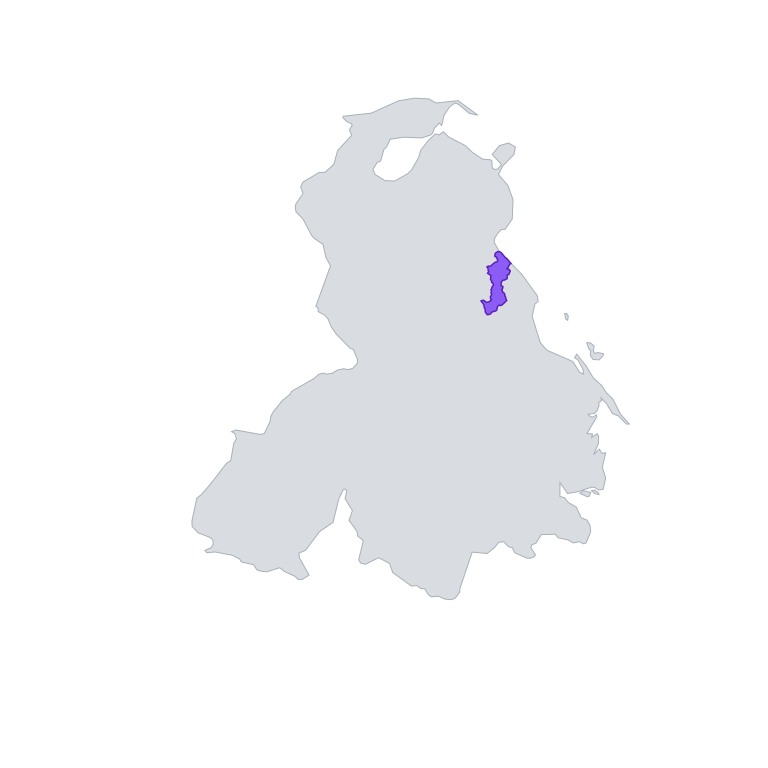 Venezuela, with Aragua highlighted, rotated 56°
{"feature_id": "VEN-41", "entity_name": "Aragua", "entity_type": "State", "adm_level": 1, "iso_a3": "VEN", "parent_name": "Venezuela", "parent_adm1": "", "projection": "natural_earth1", "projection_center": [-67.18, 9.967], "detail": "fine", "context": "in_parent", "style": "filled", "palette": "violet", "viewbox_px": 768, "rotation_deg": 56, "n_neighbors": 0, "source": "natural_earth", "source_scale": "10m", "svg_char_len": 7148}
<svg xmlns="http://www.w3.org/2000/svg" viewBox="0 0 768 768"><g transform="rotate(56 384 384)"><path d="M622.0,295.2L628.8,305.4L628.2,307.8L624.0,310.2L621.6,316.0L616.3,318.5L609.0,325.5L604.2,326.1L596.8,337.8L600.9,346.8L600.0,351.4L601.8,353.7L610.4,354.0L611.2,356.4L610.2,360.2L608.6,362.6L597.0,370.0L591.3,369.2L589.0,371.5L581.5,373.1L579.4,377.6L581.3,383.5L582.2,393.3L572.7,404.9L596.3,435.8L598.8,437.4L601.3,444.5L600.5,448.8L596.3,453.8L590.4,457.5L586.9,463.8L583.3,465.1L576.9,464.6L573.7,468.1L569.6,469.4L566.9,474.2L545.2,482.2L535.9,479.7L525.0,485.6L523.1,500.1L519.7,503.4L515.7,503.4L502.2,488.7L495.4,490.8L490.8,488.8L477.5,489.3L471.3,481.0L457.3,480.4L452.0,474.8L449.6,474.7L448.6,476.6L454.0,485.8L470.2,503.6L470.3,519.7L478.0,542.1L476.6,549.2L481.0,551.3L500.5,553.0L500.3,561.0L497.8,564.6L493.9,565.2L483.9,571.3L478.0,573.2L474.1,586.3L470.9,590.1L467.3,593.2L460.7,593.3L451.8,601.7L448.6,601.5L441.1,605.6L428.9,617.8L424.8,625.3L421.8,625.4L423.0,618.9L421.5,615.4L418.6,613.5L416.0,613.2L412.6,614.9L403.5,621.3L394.8,622.7L390.1,619.8L373.9,602.9L373.6,597.3L369.9,583.7L361.6,558.7L361.8,553.9L348.8,541.3L347.0,537.0L341.6,535.3L338.3,537.0L339.1,532.8L356.6,514.8L358.1,510.9L351.3,499.3L347.6,496.0L345.4,492.0L341.0,478.0L339.9,467.2L338.4,465.0L340.3,438.8L339.5,433.0L340.8,428.5L344.2,425.5L346.1,420.8L346.5,414.5L348.6,409.3L352.2,405.3L353.5,401.2L352.0,394.7L348.8,392.2L338.3,390.1L335.4,392.1L316.1,395.7L306.5,395.7L299.2,394.0L293.7,394.6L287.2,398.1L284.0,396.1L281.5,397.1L256.1,362.2L246.7,361.4L234.1,356.5L224.1,360.5L219.9,360.9L202.1,358.9L192.2,360.7L188.1,358.9L185.3,356.2L180.9,344.7L174.1,342.9L171.3,338.3L172.3,319.7L175.5,314.6L174.4,306.2L173.4,302.2L164.5,291.9L159.8,271.7L153.9,270.6L152.1,266.2L150.4,265.3L145.5,268.1L140.3,269.2L139.2,268.1L152.3,243.1L157.4,213.5L164.0,199.1L172.8,187.3L180.0,183.9L190.6,164.1L213.6,155.9L207.5,161.9L193.8,165.8L190.6,168.2L190.9,174.7L194.9,184.1L201.9,191.6L198.6,192.4L200.1,199.1L203.4,203.7L203.5,206.6L200.9,215.5L190.4,229.7L184.6,242.0L188.9,249.3L189.5,253.0L197.3,262.1L196.5,265.7L199.9,273.2L205.4,274.2L216.0,269.5L221.7,261.6L222.9,246.6L221.9,241.2L215.4,228.2L210.9,223.1L207.1,211.8L205.3,201.5L208.3,199.1L208.1,193.7L215.5,192.2L231.5,183.4L241.4,181.2L252.8,176.5L257.7,170.3L259.4,169.8L265.3,173.5L268.2,172.2L269.4,169.4L267.8,163.9L254.2,165.9L250.9,154.9L253.9,145.9L261.1,142.6L266.3,147.8L269.7,163.7L274.4,172.0L288.8,170.3L303.4,174.0L318.9,185.4L323.5,197.2L321.6,200.2L322.6,205.2L324.8,210.3L328.2,213.5L337.9,214.3L369.8,208.5L396.6,207.6L401.7,210.0L402.2,214.3L410.9,223.4L437.0,231.3L447.1,230.1L470.9,214.9L483.7,215.3L487.4,213.0L482.7,210.7L472.0,209.8L468.8,211.4L467.0,207.5L482.3,206.3L495.9,207.1L507.0,204.4L515.7,204.5L524.6,202.7L541.2,204.8L554.3,203.0L552.8,205.5L541.5,207.5L536.2,211.2L524.9,210.5L517.0,211.9L519.5,212.9L519.5,216.6L521.8,217.4L525.2,222.0L526.1,225.8L523.3,231.8L526.5,231.2L528.3,229.3L528.3,225.1L530.1,225.8L538.5,243.3L542.1,239.1L544.5,241.7L544.4,235.1L547.3,235.2L553.4,239.7L559.7,249.7L558.5,242.0L563.6,241.9L564.9,238.6L575.1,249.6L585.8,252.8L593.8,261.1L592.1,265.2L587.4,267.2L585.5,269.7L582.0,282.8L577.5,293.0L564.1,293.2L575.5,301.0L579.5,297.8L585.2,297.5L593.7,293.4L605.2,295.3L610.3,291.8L616.6,292.3L622.0,295.2ZM483.1,186.6L484.3,192.1L480.7,196.9L475.7,197.0L471.9,193.9L469.8,194.6L463.2,192.9L465.1,190.0L470.0,188.5L473.6,191.9L476.7,192.1L477.4,189.3L481.5,185.1L483.1,186.6ZM591.4,278.4L584.2,282.7L583.9,278.5L589.4,273.3L591.8,276.4L591.4,278.4ZM433.9,196.1L432.0,197.0L426.6,194.8L427.8,193.2L430.7,193.2L433.9,196.1ZM592.8,270.4L588.5,271.8L589.7,268.7L594.2,267.1L595.9,267.7L592.8,270.4Z" fill="#d9dde1" stroke="#a8b0b8" stroke-width="1"/><path d="M338.0,214.8L338.0,215.0L338.4,214.9L338.7,214.5L338.8,214.3L339.9,213.7L341.3,213.3L346.1,212.9L349.2,212.0L352.1,211.7L355.2,211.4L355.2,211.5L354.8,212.3L354.8,212.5L355.0,212.8L355.2,213.0L355.3,213.2L355.3,213.3L355.4,213.5L355.9,214.4L356.0,214.9L356.5,215.3L357.0,217.4L357.1,217.6L357.3,217.3L357.4,217.2L357.5,217.2L357.6,216.9L357.9,216.8L358.3,216.7L358.5,216.5L358.7,216.4L358.9,216.2L359.0,216.2L359.4,216.3L359.5,216.2L359.8,216.2L360.1,216.2L360.6,216.1L360.8,216.1L360.9,216.3L361.4,216.7L362.5,218.7L362.8,218.9L363.0,219.2L363.1,219.3L363.0,219.5L362.7,219.8L362.6,220.0L362.5,220.4L362.6,220.7L362.7,221.0L362.9,221.4L363.1,221.6L363.4,221.7L364.5,222.2L364.8,222.4L365.3,222.8L365.5,223.1L365.5,223.3L365.5,223.6L365.2,226.0L364.8,226.7L364.6,227.2L364.6,227.4L364.6,227.7L364.6,228.1L365.1,229.5L365.4,230.0L366.2,230.7L367.9,232.0L368.4,231.7L368.7,231.5L369.0,231.2L369.3,231.0L369.6,231.0L370.0,231.1L370.7,231.7L370.9,232.0L371.0,232.2L371.3,232.7L371.7,233.1L371.8,233.4L371.9,233.6L372.2,233.8L372.7,233.7L373.4,233.9L373.6,234.1L373.8,234.2L374.3,234.2L375.4,233.7L375.8,233.6L376.9,233.7L377.6,233.8L378.0,234.2L378.0,234.3L378.5,234.6L379.6,234.6L379.9,234.6L380.1,234.6L380.4,234.7L380.8,235.0L381.5,235.3L383.4,235.6L384.4,241.5L384.4,242.1L384.4,242.7L384.3,243.1L384.2,243.5L383.9,243.8L383.5,243.9L383.2,244.1L383.0,244.5L383.0,245.0L383.1,245.9L383.2,246.5L383.4,246.9L383.7,247.2L384.0,247.5L384.9,248.2L385.2,248.5L385.5,248.9L385.8,249.6L385.9,250.1L385.9,250.5L385.6,251.4L385.0,253.1L384.9,253.6L384.8,254.1L384.7,254.7L384.8,255.0L385.2,255.6L385.4,256.1L385.4,256.4L385.4,256.9L384.7,259.0L384.6,259.3L384.4,259.5L384.1,259.6L383.8,259.7L383.0,259.8L381.0,259.7L380.8,259.6L380.5,259.5L379.4,258.8L378.7,258.5L378.0,258.3L376.6,258.1L376.3,258.0L375.5,257.6L374.8,257.2L374.5,257.0L373.7,256.9L370.8,257.0L369.7,257.2L369.3,256.9L369.5,256.4L369.7,255.9L369.9,255.2L370.0,255.0L370.1,254.8L371.1,254.2L371.8,254.0L372.9,253.8L373.1,253.7L373.5,253.3L373.9,252.6L374.6,251.1L374.6,250.8L374.6,250.6L374.5,249.4L374.6,248.5L374.5,248.1L374.2,247.8L373.5,247.9L373.1,248.0L372.9,247.9L372.7,247.9L372.1,247.4L371.9,247.3L371.3,247.2L370.3,245.2L369.9,244.7L369.7,244.6L369.2,244.6L368.9,244.5L368.4,244.4L368.2,244.2L368.0,243.7L367.8,243.4L367.6,243.3L367.3,243.2L366.8,243.1L365.7,242.6L365.6,242.0L365.5,241.9L365.3,241.6L364.5,240.9L364.3,240.5L364.1,240.2L363.3,238.2L363.1,237.9L362.8,237.6L361.7,237.4L361.3,237.4L360.8,237.6L360.2,237.8L359.9,237.9L359.7,237.9L359.5,237.6L359.4,237.4L359.2,237.2L358.1,237.1L357.1,237.3L356.4,236.9L353.9,234.7L353.8,234.8L353.6,234.8L353.4,234.8L352.7,235.2L350.1,236.2L349.4,234.5L349.0,234.1L348.7,234.2L348.3,234.2L348.2,234.1L345.5,232.8L344.8,233.3L344.6,233.3L344.5,233.2L344.5,232.7L344.5,232.4L344.5,231.8L344.6,231.5L344.7,231.4L345.3,230.9L345.4,230.7L345.5,230.5L345.7,230.1L345.8,229.8L345.8,229.6L345.2,224.3L345.2,223.9L345.2,223.7L345.5,223.3L345.6,223.0L345.7,222.7L345.8,222.0L345.8,221.6L345.7,221.3L345.3,220.7L345.1,220.6L345.0,220.4L344.8,220.3L344.6,220.3L344.4,220.3L343.8,220.3L343.5,220.3L343.3,220.3L342.5,219.8L342.3,219.8L342.0,219.8L341.8,219.8L341.6,219.8L341.4,219.9L341.1,220.1L340.7,220.5L340.4,220.7L340.2,220.7L339.8,220.6L338.3,219.2L337.8,218.2L337.8,217.5L337.8,215.9L337.9,215.3L338.0,214.8Z" fill="#8b5cf6" stroke="#5b21b6" stroke-width="1.5"/></g></svg>